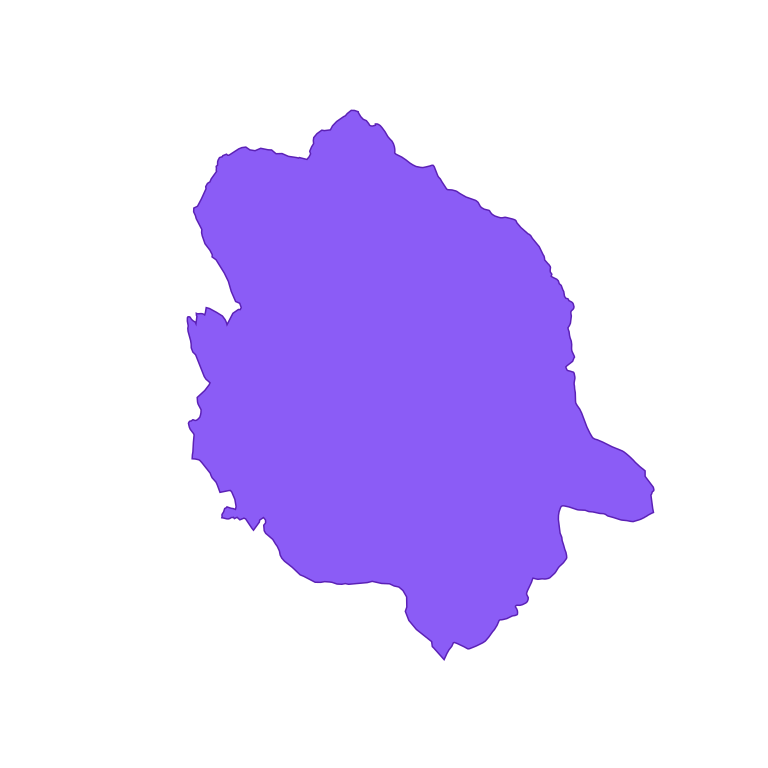 Horea, Alba, Romania (Equal Earth projection), rotated 64°
{"feature_id": "2599482B7023814920704", "entity_name": "Horea", "entity_type": "district", "adm_level": 2, "iso_a3": "ROU", "parent_name": "Romania", "parent_adm1": "Alba", "projection": "equal_earth", "projection_center": [22.952, 46.518], "detail": "fine", "context": "isolated", "style": "filled", "palette": "violet", "viewbox_px": 768, "rotation_deg": 64, "n_neighbors": 0, "source": "geoboundaries", "source_scale": "gbopen_adm2", "svg_char_len": 6170}
<svg xmlns="http://www.w3.org/2000/svg" viewBox="0 0 768 768"><g transform="rotate(64 384 384)"><path d="M658.1,450.8L653.8,445.6L651.4,442.1L649.5,438.1L647.0,435.1L647.1,434.4L647.4,433.8L649.4,431.9L655.3,427.2L658.6,424.9L659.0,424.4L659.4,423.1L659.9,416.1L659.9,408.7L659.5,405.8L659.0,404.5L657.4,400.8L654.2,394.9L653.4,393.0L652.7,391.7L650.4,388.1L647.1,384.3L646.9,383.5L646.9,382.9L647.5,381.6L647.9,380.2L648.7,376.4L648.7,370.9L648.8,369.9L649.5,367.8L649.7,365.7L649.4,365.0L648.9,364.7L647.9,364.1L646.3,363.5L644.0,363.3L642.3,363.6L641.6,363.4L641.2,363.0L641.0,362.0L641.2,361.3L642.3,359.3L642.7,358.0L643.0,356.2L643.0,352.8L642.8,351.6L642.2,350.4L640.9,349.0L639.3,348.0L635.6,348.0L634.5,347.5L632.7,345.7L626.8,338.3L624.6,336.2L623.8,335.2L625.6,333.1L627.0,331.3L628.4,327.3L629.8,324.9L630.3,323.5L630.8,321.4L630.8,319.8L628.9,313.5L628.1,311.9L625.7,308.1L624.9,306.4L623.3,301.1L620.9,296.6L620.2,295.9L618.2,295.1L615.2,294.3L611.9,294.0L607.6,293.2L602.8,292.5L599.7,291.4L595.2,291.1L582.3,286.7L578.6,284.8L575.5,282.6L572.2,279.2L571.7,278.1L571.7,277.1L572.3,275.8L575.6,271.6L581.7,265.4L582.6,264.1L585.6,258.6L588.5,255.8L590.5,252.4L595.0,246.7L596.8,243.5L598.2,242.1L600.6,240.8L604.6,236.3L609.5,231.2L610.5,230.0L613.3,225.5L615.6,222.5L616.9,220.4L617.9,214.3L618.1,212.4L618.1,208.5L618.0,208.2L617.9,205.9L617.6,203.8L617.5,200.0L617.6,198.1L613.8,197.1L600.9,192.8L600.1,191.6L598.6,190.2L598.1,188.3L597.1,187.7L594.8,187.2L581.5,189.8L576.5,187.4L570.3,190.3L564.6,192.5L561.5,193.4L556.6,195.2L552.7,196.9L550.1,198.2L548.6,199.2L540.2,206.7L532.2,212.8L527.7,216.7L525.8,218.8L523.6,220.1L518.4,220.5L511.7,220.5L496.8,219.1L492.4,219.1L488.1,219.8L485.2,220.0L483.4,219.4L475.7,215.9L472.0,214.8L469.3,213.7L467.5,213.2L466.0,212.4L462.7,210.0L461.4,209.4L457.7,208.4L456.5,208.5L454.2,210.9L452.5,212.9L451.5,213.4L448.4,213.2L447.8,211.6L446.3,204.5L443.9,201.9L443.4,201.0L442.4,200.8L437.4,200.7L436.0,200.5L434.2,199.8L430.8,198.0L427.6,196.9L424.0,196.5L421.5,195.9L418.0,194.7L415.8,194.5L414.1,194.0L412.8,191.8L411.1,189.8L405.0,185.8L402.8,185.2L401.4,184.6L400.7,184.0L400.2,183.1L400.0,182.1L399.5,180.9L398.9,180.1L397.9,179.4L395.0,178.8L393.7,178.9L392.6,179.4L390.0,181.3L389.0,181.2L388.1,181.3L386.6,183.0L384.3,183.3L379.6,181.9L377.9,182.0L373.1,181.5L370.7,182.5L367.7,182.1L365.6,182.8L361.6,185.9L360.4,186.5L358.9,185.0L356.2,185.4L354.4,184.7L352.3,183.3L351.3,183.1L348.6,183.5L348.1,183.8L342.9,185.2L341.0,184.5L339.1,184.1L337.6,184.3L328.6,184.3L318.2,186.8L315.0,187.1L313.3,187.8L312.2,188.7L303.3,192.4L297.4,193.9L295.2,193.8L294.3,194.1L293.5,194.7L292.1,196.1L288.0,201.0L287.2,202.1L286.4,205.0L285.6,206.5L284.0,208.3L281.5,210.8L278.9,212.4L276.7,213.0L274.7,213.2L274.0,213.5L270.8,217.3L268.1,219.1L266.3,219.6L262.0,219.8L259.9,220.7L258.9,221.4L251.8,228.4L245.9,232.4L243.0,234.0L242.0,234.8L239.4,237.8L237.3,241.5L236.7,242.0L235.7,242.3L227.6,243.3L224.4,243.5L222.1,244.2L220.5,244.4L210.8,243.6L209.1,243.9L208.6,244.6L208.3,245.6L208.2,246.9L207.4,250.7L206.5,254.2L205.3,256.2L202.5,259.9L199.6,262.1L196.7,263.9L192.3,266.0L187.9,268.5L182.7,272.5L181.0,273.1L179.5,272.2L177.5,271.3L175.1,270.6L172.1,270.2L170.1,270.3L169.0,270.4L167.1,271.1L163.3,272.1L157.6,272.5L152.7,273.4L150.2,274.1L148.4,275.1L147.3,276.1L146.5,277.8L147.7,278.3L147.0,281.6L146.0,282.9L145.1,283.5L143.2,283.6L139.6,284.4L137.0,286.6L133.5,287.7L128.8,288.1L128.0,287.8L125.2,290.6L123.7,293.5L124.8,298.5L126.0,301.1L126.0,303.2L127.3,311.5L129.4,317.1L132.1,320.8L130.1,326.6L128.6,328.6L129.6,334.5L131.7,339.1L134.2,340.8L137.1,341.9L139.1,345.1L142.2,348.7L145.0,349.1L146.9,351.6L148.4,354.8L143.3,360.9L143.5,361.8L142.1,363.4L137.5,370.1L132.2,374.6L129.7,380.1L124.4,382.4L122.7,385.5L118.1,391.5L117.8,397.6L114.8,401.9L110.5,404.3L109.2,408.2L109.0,411.6L110.4,423.1L109.8,424.3L108.4,424.8L108.1,428.8L108.8,429.7L108.4,432.6L110.1,435.0L111.3,436.1L114.4,437.7L114.8,439.4L116.7,440.1L118.4,441.1L119.5,441.3L123.9,449.4L126.0,451.8L126.3,454.7L128.4,457.7L130.5,458.4L137.6,467.0L142.5,473.7L142.5,477.8L145.8,479.6L150.1,479.7L153.1,480.3L165.2,480.0L168.0,481.6L171.1,482.4L179.5,483.4L187.5,481.8L192.6,481.7L194.4,482.8L198.7,480.5L214.2,478.9L223.5,478.9L233.8,480.7L244.8,481.2L248.2,478.3L252.7,478.8L254.1,480.6L253.2,482.2L254.2,488.8L261.9,499.1L259.7,498.7L256.6,498.6L252.1,499.4L246.2,503.1L239.6,507.8L237.4,510.3L241.5,513.2L243.3,514.9L242.0,515.7L241.2,516.5L240.5,517.6L239.2,520.8L238.2,521.7L240.1,522.5L241.2,522.5L247.4,526.6L245.5,526.5L243.9,527.7L241.5,528.7L238.9,529.0L238.1,529.7L237.7,530.8L238.3,531.7L241.3,533.2L246.0,534.5L247.9,535.9L250.7,537.0L260.3,538.8L263.5,539.8L267.0,541.4L271.5,541.8L275.2,540.5L298.5,542.3L301.7,541.9L306.7,539.8L308.1,541.6L311.3,548.0L314.2,557.8L318.5,559.5L320.5,559.9L327.0,559.7L329.7,561.2L331.4,562.5L333.1,564.1L334.0,566.4L334.4,568.4L334.2,569.3L333.9,569.9L332.4,571.3L332.3,571.6L332.7,573.2L332.3,575.1L332.9,576.2L333.6,577.0L337.5,577.9L339.9,578.0L345.2,576.9L346.5,577.0L352.9,580.9L361.2,585.5L363.7,587.3L367.1,589.2L368.6,586.6L370.9,583.7L372.0,583.0L374.7,582.2L387.9,579.3L390.6,579.6L392.9,579.6L398.6,578.0L401.8,578.1L409.5,578.9L411.7,570.4L412.4,568.7L414.4,568.2L422.3,568.6L429.4,570.7L431.6,572.5L429.9,574.1L428.6,576.0L425.6,579.0L426.0,579.4L426.1,581.8L428.6,584.2L430.1,586.6L430.7,587.1L432.0,587.5L433.1,588.4L433.7,587.5L436.3,584.4L437.0,583.1L437.3,581.7L437.1,579.8L437.6,578.7L437.8,577.8L439.4,577.5L439.4,574.5L442.9,573.1L443.2,568.7L444.6,567.5L455.6,566.0L458.2,565.4L453.5,556.6L451.8,555.4L451.2,550.9L454.1,550.1L456.4,551.0L457.1,551.6L458.2,554.0L463.4,556.0L466.4,555.8L474.9,552.1L480.3,551.6L483.2,551.1L488.2,551.2L492.3,552.3L495.8,552.2L499.7,551.1L508.6,546.8L518.8,543.0L521.6,540.5L532.0,532.8L534.5,527.9L535.6,524.0L538.2,519.5L539.5,517.6L543.2,513.9L545.5,509.7L546.4,506.3L548.5,503.6L555.2,486.0L556.2,481.1L562.2,473.6L566.0,466.6L570.0,463.4L572.9,459.7L577.9,457.5L585.3,457.0L594.5,461.3L597.7,464.5L607.4,465.3L618.8,462.5L636.4,454.1L641.2,455.7L642.8,455.1L658.1,450.8Z" fill="#8b5cf6" stroke="#5b21b6" stroke-width="1.5"/></g></svg>